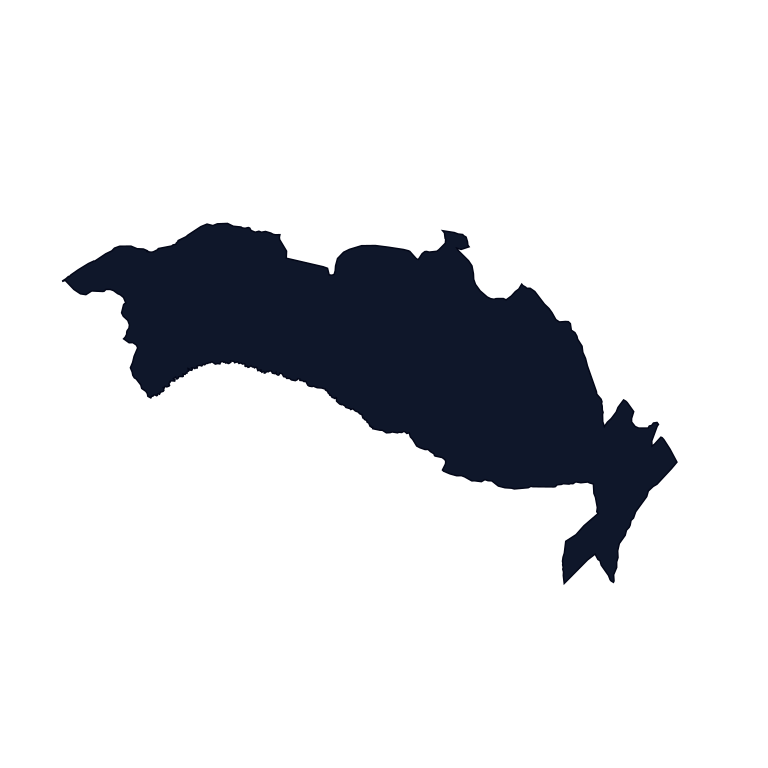 Yahuma, Orientale, Democratic Republic of the Congo (Albers equal-area conic projection), rotated 314°
{"feature_id": "63176286B43218121140485", "entity_name": "Yahuma", "entity_type": "district", "adm_level": 2, "iso_a3": "COD", "parent_name": "Democratic Republic of the Congo", "parent_adm1": "Orientale", "projection": "albers", "projection_center": [22.941, 0.801], "detail": "fine", "context": "isolated", "style": "filled", "palette": "ink", "viewbox_px": 768, "rotation_deg": 314, "n_neighbors": 0, "source": "geoboundaries", "source_scale": "gbopen_adm2", "svg_char_len": 6155}
<svg xmlns="http://www.w3.org/2000/svg" viewBox="0 0 768 768"><g transform="rotate(314 384 384)"><path d="M307.4,106.2L299.4,98.1L294.5,95.7L290.6,95.7L284.4,93.4L271.5,90.6L271.0,89.9L265.3,87.7L253.7,84.7L245.0,83.0L242.2,83.0L242.1,82.3L238.8,82.1L235.0,81.2L234.8,81.6L237.1,82.7L236.6,95.3L238.0,103.0L241.2,107.5L247.9,109.1L255.1,117.3L256.2,118.2L258.9,118.3L261.8,121.3L263.3,124.5L264.0,129.7L265.0,132.4L265.3,136.6L262.9,142.0L261.4,141.5L260.1,141.6L252.9,145.8L251.6,149.5L251.8,155.5L249.7,159.8L246.9,161.8L243.9,162.2L242.6,162.9L240.9,164.4L237.9,165.3L235.6,165.3L236.6,172.0L239.3,174.6L240.0,178.9L238.9,181.7L230.3,185.0L224.9,188.2L219.5,190.3L217.7,194.5L215.8,197.2L215.0,200.1L215.5,202.2L214.4,209.7L212.5,212.8L213.3,217.8L212.7,220.4L211.1,222.7L212.0,225.9L213.9,225.4L214.7,226.2L216.1,226.1L217.0,226.8L217.7,228.7L218.6,228.8L219.6,228.0L220.1,228.2L220.7,229.6L222.8,228.9L225.3,230.2L226.5,230.1L227.2,229.0L227.8,228.9L228.1,227.8L228.8,228.5L230.2,228.1L231.1,229.8L233.1,230.8L234.1,230.7L234.7,229.0L236.7,228.9L237.1,228.3L238.7,228.9L240.7,231.4L241.7,230.8L241.6,228.8L244.2,229.3L243.4,231.0L244.0,231.7L245.0,231.9L246.5,231.3L247.9,232.2L249.4,234.0L250.1,234.2L251.6,232.6L252.7,234.2L254.3,234.0L254.9,234.7L255.8,234.0L257.7,234.4L259.0,232.2L259.5,233.1L259.0,234.5L260.3,236.2L261.8,235.7L262.1,234.4L262.6,234.7L262.8,235.6L263.6,236.0L263.7,237.2L264.9,237.3L265.5,238.5L266.1,238.3L266.7,237.2L267.8,237.4L269.5,238.6L270.4,240.4L272.3,240.1L273.3,241.7L275.0,241.7L276.4,242.9L277.8,243.2L278.3,244.1L279.8,244.5L280.6,245.3L281.1,248.8L283.2,250.2L284.5,252.0L286.3,251.2L287.3,251.7L288.2,252.5L288.2,253.4L289.1,254.1L289.1,255.6L290.6,256.5L290.4,257.4L290.9,258.1L293.3,258.7L294.1,257.6L296.1,260.5L295.5,261.7L298.3,263.3L298.0,265.4L299.8,266.4L300.0,268.3L301.7,269.6L301.6,270.4L300.3,271.6L300.5,272.3L301.7,273.2L301.5,274.6L302.4,275.2L304.8,275.6L304.8,277.5L305.7,278.4L305.6,279.6L306.8,280.0L307.5,280.9L306.0,284.0L308.6,285.5L308.7,286.0L307.4,286.3L307.9,287.1L307.6,288.0L308.8,288.4L309.5,289.3L308.7,290.3L309.5,290.9L311.8,291.0L312.2,292.2L314.0,292.7L314.8,293.5L314.9,294.6L314.3,296.2L315.6,298.3L317.4,298.2L316.3,299.8L316.8,301.7L317.7,302.1L319.4,301.4L320.6,303.7L319.7,306.3L319.7,307.1L320.8,308.1L320.5,310.2L322.5,312.2L322.6,314.5L324.8,317.9L326.7,318.6L328.1,318.4L329.1,320.1L328.2,321.0L329.9,323.2L330.2,324.9L331.2,325.3L331.4,326.4L330.2,330.1L330.5,331.6L332.2,334.1L333.3,334.5L334.9,338.5L337.8,341.9L339.5,345.2L339.0,346.1L339.6,348.7L338.8,349.8L338.8,351.9L338.3,352.8L338.9,354.1L338.3,356.0L339.3,357.7L339.1,358.3L339.7,358.8L340.9,358.7L341.1,359.3L338.7,361.8L338.8,366.1L339.6,367.8L340.2,367.9L341.1,370.7L340.7,372.9L342.7,376.7L342.5,377.8L344.6,378.8L344.7,382.1L345.9,384.9L345.7,387.1L346.6,389.5L344.9,392.4L345.5,393.6L344.9,394.5L345.7,396.9L344.8,398.4L345.3,400.1L343.9,403.4L344.4,404.0L344.1,405.0L345.0,406.0L344.0,406.9L347.9,413.1L349.6,415.0L350.5,419.6L353.3,422.2L355.2,423.2L358.3,427.7L359.6,428.2L361.5,430.5L363.2,430.9L364.2,432.1L364.3,434.8L366.4,436.0L364.3,439.7L364.1,443.1L362.1,450.6L363.1,454.1L365.4,459.1L367.6,461.2L367.6,464.3L368.5,468.4L367.6,470.1L367.7,470.8L371.5,476.9L371.9,480.4L371.1,482.3L369.1,483.8L362.7,485.8L362.7,487.5L365.2,493.9L368.5,500.0L371.9,503.4L373.2,506.4L375.3,514.4L377.4,516.5L381.4,521.9L385.3,523.0L386.7,526.0L389.2,528.8L390.0,537.1L393.4,543.1L397.6,548.0L399.0,550.6L409.6,559.8L412.4,560.7L413.5,562.4L428.1,577.8L429.3,578.6L431.2,578.5L432.2,578.9L434.9,581.3L436.8,582.2L440.6,586.7L442.0,587.4L443.5,589.2L446.8,589.9L449.7,594.2L455.2,598.8L455.5,600.3L457.5,604.1L451.1,611.0L449.4,614.8L443.3,623.3L439.9,625.8L439.6,628.0L421.0,626.3L409.0,626.8L397.1,624.0L387.6,631.2L383.8,633.1L380.5,635.5L379.3,637.2L378.0,638.1L376.6,640.3L375.0,641.2L373.5,643.7L370.8,646.0L365.7,652.2L398.9,652.6L408.3,654.0L406.4,659.8L406.9,662.2L404.6,666.1L402.2,678.6L400.3,682.6L400.1,684.2L400.7,686.8L402.1,686.3L406.3,681.7L413.7,678.8L417.6,675.0L421.7,672.9L426.3,668.0L432.7,664.1L442.7,662.6L447.2,660.0L451.2,659.9L453.5,659.1L457.4,656.5L460.9,656.6L466.9,653.8L485.5,651.2L490.6,648.5L497.3,648.8L501.5,650.0L522.8,649.6L531.3,649.0L535.8,635.1L538.4,624.0L538.6,621.4L538.1,620.1L528.5,620.4L525.5,619.9L529.0,616.2L543.3,609.9L545.6,609.5L546.0,607.1L543.1,604.9L540.1,605.3L538.1,604.0L535.7,604.6L529.2,597.8L527.9,594.2L528.7,588.5L531.1,586.1L537.6,582.8L539.6,571.8L539.6,569.8L539.0,567.4L529.7,568.6L525.2,570.5L517.0,571.5L511.7,571.2L506.4,572.1L508.9,567.5L513.9,562.4L515.8,561.3L516.9,559.2L519.7,556.3L521.2,553.9L522.6,553.2L523.9,550.7L524.5,544.1L526.1,542.1L538.3,517.8L542.4,511.2L544.9,505.0L548.8,500.2L550.7,492.2L552.4,489.6L553.6,485.6L552.8,481.4L556.9,476.1L556.9,473.3L554.9,471.0L550.5,467.1L549.7,462.9L552.0,455.3L552.9,450.3L552.9,443.8L555.3,428.2L554.4,422.7L551.9,420.1L552.1,418.8L551.3,415.5L551.5,413.7L545.9,415.0L541.8,414.3L535.9,414.5L529.3,413.4L528.4,410.5L523.3,405.3L521.4,404.3L519.5,401.5L518.3,397.9L517.8,388.4L519.2,380.6L521.6,375.8L525.4,371.8L530.1,365.2L531.4,359.1L531.6,344.5L532.3,342.0L534.4,346.0L541.8,349.9L542.2,347.8L544.3,345.3L546.7,341.0L546.0,338.1L546.2,336.8L543.4,333.1L541.8,329.4L535.0,319.7L534.7,322.5L531.2,326.8L530.9,327.9L527.9,330.3L518.8,330.2L516.2,329.8L510.3,324.9L509.0,322.6L507.6,321.4L504.3,320.9L497.5,322.2L496.8,321.2L496.6,319.6L497.3,310.4L496.8,309.0L494.3,304.6L485.3,291.9L477.6,281.6L467.9,271.8L456.8,265.6L450.7,263.4L442.0,263.4L435.3,267.1L431.6,270.2L428.2,272.0L426.1,271.0L424.4,268.7L428.0,263.0L426.1,258.8L406.6,226.3L411.9,221.6L415.4,208.6L416.9,206.8L419.1,205.4L415.8,202.1L414.6,200.1L414.0,197.8L411.4,192.8L408.0,190.4L407.0,187.9L403.7,185.9L402.1,181.7L402.9,179.1L402.3,177.7L399.5,175.9L397.9,173.7L397.6,172.1L392.8,166.0L390.8,159.9L383.4,152.8L379.1,150.9L376.1,145.6L369.9,142.9L354.8,139.5L352.4,139.3L344.3,136.3L344.2,136.8L341.0,136.7L339.8,137.2L337.5,135.6L335.8,135.4L324.7,127.6L322.9,127.7L318.7,126.2L317.0,124.9L314.7,121.5L315.5,121.3L314.0,117.2L309.8,112.4L307.4,106.2Z" fill="#0f172a" stroke="#020617" stroke-width="1.5"/></g></svg>